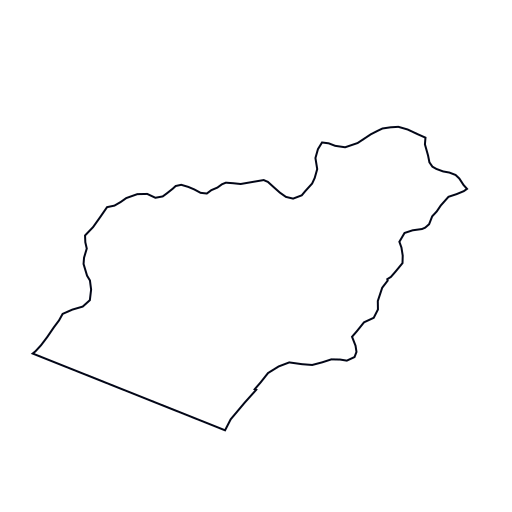 the border of Al Jufrah, rotated 112°
{"feature_id": "LBY-2964", "entity_name": "Al Jufrah", "entity_type": "Municipality", "adm_level": 1, "iso_a3": "LBY", "parent_name": "Libya", "parent_adm1": "", "projection": "natural_earth1", "projection_center": [16.482, 27.933], "detail": "fine", "context": "isolated", "style": "outline", "palette": "ink", "viewbox_px": 512, "rotation_deg": 112, "n_neighbors": 0, "source": "natural_earth", "source_scale": "10m", "svg_char_len": 1698}
<svg xmlns="http://www.w3.org/2000/svg" viewBox="0 0 512 512"><g transform="rotate(112 256 256)"><path d="M82.8,143.2L89.2,141.2L98.4,134.1L104.2,130.3L107.1,125.9L107.7,121.4L107.5,114.2L106.2,108.0L106.1,101.3L108.0,96.5L112.4,90.2L114.7,85.5L118.0,87.6L123.5,93.2L129.0,99.7L139.9,103.6L146.9,105.1L153.2,107.5L161.7,107.4L166.4,109.8L168.8,112.2L173.5,120.4L179.0,126.9L189.1,128.4L193.7,124.3L200.7,120.1L207.7,117.5L217.9,120.7L224.9,123.1L228.3,125.6L229.5,124.7L238.1,127.1L252.1,126.2L259.9,122.9L269.2,123.7L277.0,131.0L287.9,134.3L294.9,136.7L301.9,130.1L307.3,126.9L312.8,126.8L319.0,132.6L320.5,139.2L323.6,147.4L329.8,154.8L336.0,163.1L339.1,172.9L342.2,185.3L349.9,193.6L360.0,201.0L371.6,204.4L380.0,207.3L380.0,205.7L396.0,211.5L416.9,218.3L429.2,219.4L429.7,337.3L429.9,381.9L430.1,426.5L427.0,424.8L419.3,421.9L409.3,419.2L397.8,416.7L389.5,414.5L382.1,413.6L374.5,406.2L367.8,397.7L359.2,393.5L348.9,396.3L340.9,400.8L337.5,405.3L328.0,412.9L322.0,414.8L312.5,415.7L307.2,419.4L301.0,422.2L290.3,417.9L277.7,414.9L266.5,412.4L262.3,406.1L256.5,401.6L250.9,398.0L243.1,389.2L239.2,380.1L239.7,371.1L235.7,364.8L231.3,362.1L224.8,358.4L221.2,356.7L218.0,352.0L217.3,344.7L217.4,338.2L218.1,331.8L218.2,331.1L216.5,325.0L211.7,322.1L207.0,317.4L202.2,314.4L199.3,311.4L197.1,304.5L195.0,297.2L188.0,285.9L182.7,277.3L182.8,274.7L182.8,272.8L185.3,266.0L188.3,257.6L190.0,250.4L188.9,243.1L182.6,236.3L177.3,234.6L167.8,231.1L161.7,230.8L152.5,231.8L142.9,237.6L133.7,238.6L126.0,237.3L124.3,230.8L124.2,223.9L121.8,214.1L113.2,204.1L100.1,195.1L94.8,190.5L90.4,186.5L86.3,179.5L82.9,172.4L81.9,162.8L82.5,152.0L82.8,143.2Z" fill="none" stroke="#020617" stroke-width="2"/></g></svg>